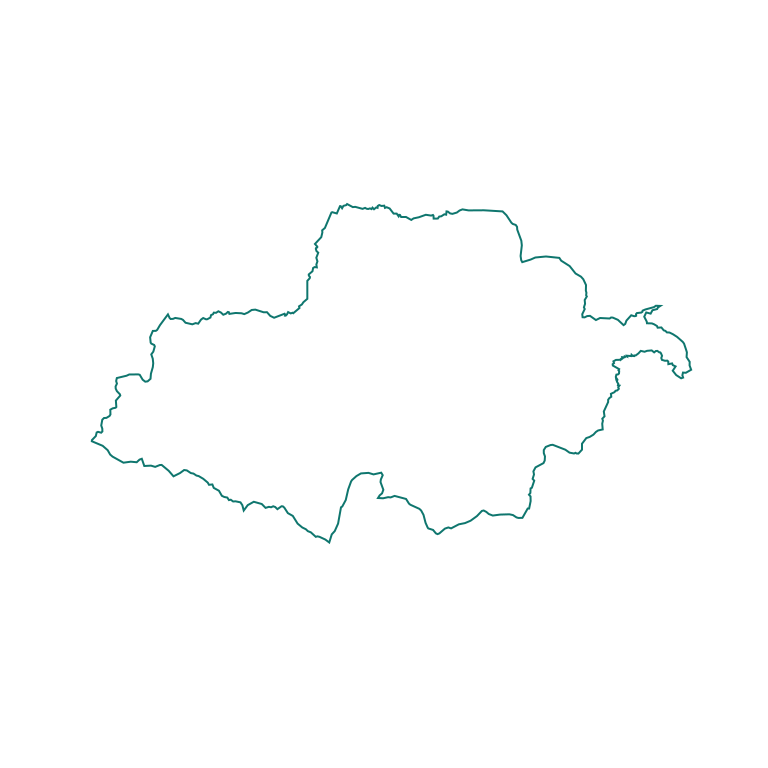 Carmen De Carupa, Cundinamarca, Colombia, rotated 65°
{"feature_id": "7082276B22824140960773", "entity_name": "Carmen De Carupa", "entity_type": "district", "adm_level": 2, "iso_a3": "COL", "parent_name": "Colombia", "parent_adm1": "Cundinamarca", "projection": "orthographic", "projection_center": [-73.909, 5.336], "detail": "fine", "context": "isolated", "style": "outline", "palette": "teal", "viewbox_px": 768, "rotation_deg": 65, "n_neighbors": 0, "source": "geoboundaries", "source_scale": "gbopen_adm2", "svg_char_len": 6156}
<svg xmlns="http://www.w3.org/2000/svg" viewBox="0 0 768 768"><g transform="rotate(65 384 384)"><path d="M221.6,315.4L220.7,316.4L221.4,319.2L219.3,319.9L220.2,321.4L218.9,322.5L218.7,324.4L217.8,325.7L216.4,326.7L216.2,329.4L211.3,335.2L210.5,337.5L205.3,341.4L205.9,342.7L205.4,345.5L207.0,347.7L204.5,348.1L204.2,348.7L209.5,354.7L206.4,358.3L206.4,359.2L217.6,371.6L218.6,375.1L220.6,375.8L224.4,378.8L227.9,387.4L231.3,386.4L232.0,386.8L232.0,388.0L232.7,388.7L235.0,389.0L237.2,388.1L241.0,392.0L244.7,392.5L247.1,394.8L249.9,395.6L248.7,397.5L248.9,399.2L251.6,401.2L252.9,405.9L254.0,406.3L255.8,405.9L256.8,406.7L258.1,409.9L274.4,417.5L275.8,422.5L277.2,424.8L277.7,428.2L279.4,428.5L281.5,436.3L280.8,436.7L280.6,438.7L278.3,440.5L279.9,442.5L280.5,444.2L280.2,444.8L279.4,444.2L278.3,444.4L277.5,455.6L274.2,458.3L269.5,459.7L268.1,462.8L262.2,469.2L261.0,472.6L261.7,477.2L261.6,481.1L259.7,483.2L256.9,488.5L255.1,494.5L253.3,494.3L252.7,495.1L253.5,497.5L253.3,500.4L250.3,501.6L248.1,503.4L248.5,506.1L247.4,508.1L248.5,509.5L248.5,511.7L250.4,513.2L250.6,516.8L250.2,517.9L247.8,520.0L248.3,522.6L250.8,526.9L249.2,529.0L248.9,532.5L244.6,538.0L240.9,539.1L239.3,540.3L235.9,545.3L235.8,547.7L234.9,549.9L233.6,550.4L229.6,550.4L236.0,562.2L239.1,566.7L239.4,568.3L238.2,571.1L242.8,576.2L247.9,578.0L249.1,577.8L251.5,575.8L253.0,575.8L257.2,579.4L258.8,582.4L263.4,582.9L267.7,584.4L271.0,586.4L276.2,590.9L280.6,593.4L281.7,597.1L281.0,599.4L278.1,600.9L272.4,601.5L271.5,602.6L267.7,610.8L267.7,613.8L265.7,623.6L268.1,625.5L270.8,625.9L272.8,628.3L274.8,629.1L277.6,629.1L281.7,627.7L283.0,627.9L285.7,634.0L291.7,636.3L292.1,637.3L291.4,640.2L291.6,642.9L296.0,644.8L297.0,646.3L297.4,649.9L296.5,652.1L297.3,654.4L302.1,657.8L305.5,658.2L308.0,659.3L308.6,660.9L306.5,663.4L306.5,664.9L309.4,667.2L311.4,672.4L312.4,673.0L321.1,665.1L327.2,662.4L332.2,662.0L335.1,660.7L345.2,653.4L347.4,646.3L350.4,641.2L349.2,637.5L349.4,635.1L357.0,635.9L359.5,629.7L362.4,626.4L362.7,621.4L363.4,619.7L371.7,615.8L378.7,613.8L378.5,606.5L377.5,601.5L379.0,599.2L383.1,596.7L384.7,594.5L387.7,592.7L389.1,590.9L393.5,587.9L398.9,585.4L401.4,585.2L402.5,582.0L406.2,582.2L411.0,578.7L416.8,578.2L418.9,576.5L420.7,574.0L423.7,573.6L424.1,571.8L426.7,570.4L427.6,568.1L430.6,564.1L434.0,563.6L439.4,564.6L436.2,558.7L435.7,551.8L441.1,545.5L446.2,543.7L446.7,540.2L448.0,538.4L448.0,536.1L449.5,534.6L452.4,533.5L451.5,528.6L452.1,527.4L453.9,526.6L460.4,525.7L465.0,522.4L474.0,521.3L479.5,518.7L482.6,516.2L485.2,515.2L487.5,513.0L493.7,510.4L493.9,508.8L495.2,507.1L500.2,502.9L504.5,500.6L498.2,494.9L496.5,490.8L491.1,484.6L477.6,475.1L477.4,473.6L473.0,467.7L464.4,461.0L458.4,455.0L457.5,453.5L455.8,447.9L455.3,442.7L458.0,435.6L461.5,431.7L463.2,424.0L466.1,423.7L469.2,427.2L471.4,428.6L479.6,429.3L482.3,432.0L483.1,435.0L484.8,437.6L487.2,433.1L488.3,428.1L489.6,425.9L489.9,421.7L497.5,412.6L503.0,411.9L504.6,411.1L512.1,404.7L514.4,403.8L519.3,403.5L527.4,405.0L532.6,405.1L533.6,404.9L537.0,401.2L541.3,400.1L542.7,398.9L542.8,397.0L540.8,389.9L541.2,386.3L543.2,384.2L542.8,375.5L544.3,369.4L544.5,363.3L543.0,355.6L540.4,348.9L540.8,347.1L543.2,345.3L546.1,344.0L549.2,341.0L551.4,334.0L555.1,325.4L557.3,322.5L560.9,320.3L562.2,318.8L563.8,315.1L557.6,306.4L558.2,305.1L552.1,300.6L547.8,298.7L545.6,299.4L544.6,297.4L540.6,295.3L540.5,293.8L535.1,288.7L532.8,289.4L529.4,286.3L526.3,285.5L523.6,281.9L523.1,272.9L521.3,270.7L517.6,268.7L514.2,268.4L511.4,267.1L509.4,264.0L509.7,258.9L510.4,256.8L520.2,247.4L524.6,244.9L527.3,241.1L527.3,239.5L528.3,238.9L529.2,237.2L527.2,232.3L521.8,229.8L518.5,223.5L518.9,220.0L518.4,215.6L517.0,212.2L516.6,209.6L517.6,205.0L512.2,203.0L509.8,201.1L507.7,200.8L506.5,197.8L501.8,196.4L495.1,188.5L493.0,187.5L492.0,185.7L491.6,183.4L488.8,182.5L488.8,178.6L488.0,177.0L488.4,175.3L487.6,173.2L485.9,173.1L484.9,171.3L484.0,172.5L482.9,171.6L480.2,171.9L478.7,170.6L477.5,170.8L477.7,171.5L475.5,170.9L473.7,169.4L474.2,167.9L473.8,166.6L471.7,165.4L470.7,165.7L469.9,164.6L464.0,168.8L462.7,168.4L462.3,166.7L460.4,166.5L460.2,163.6L461.8,159.9L461.2,157.9L461.4,157.4L461.8,157.8L461.6,156.8L460.4,156.7L461.4,154.9L460.8,154.4L461.4,154.1L461.2,152.6L461.7,152.2L460.9,152.1L463.2,148.1L462.1,147.3L463.8,146.6L464.4,145.5L463.9,145.1L464.5,143.8L463.8,140.5L462.5,137.3L464.9,134.2L465.1,131.6L466.7,127.2L469.5,125.8L469.0,123.7L469.5,122.3L471.7,121.1L472.2,120.2L473.4,120.0L476.0,120.1L477.6,121.7L479.6,121.9L481.7,119.5L482.6,117.3L483.8,116.9L486.2,117.9L487.1,114.2L488.9,114.3L491.3,112.3L494.0,116.7L499.4,115.4L504.4,112.3L504.6,110.2L502.2,109.9L500.0,108.2L501.4,105.7L500.9,99.6L496.3,99.2L493.1,97.6L487.5,98.4L483.3,96.1L480.4,95.7L474.2,95.0L472.2,95.4L465.1,98.5L461.0,101.1L458.0,103.5L456.8,105.8L454.8,106.5L453.6,107.8L450.0,108.7L448.6,112.2L446.8,112.1L444.0,114.0L442.3,115.6L440.1,120.0L438.5,119.5L433.0,119.7L430.0,116.1L432.9,112.6L430.6,109.5L431.5,104.8L430.4,103.3L430.0,100.6L428.0,104.5L428.4,106.9L426.9,115.7L426.8,118.6L427.8,119.4L428.0,120.6L426.6,124.8L427.2,126.1L428.7,126.6L428.8,127.1L428.3,128.6L426.2,130.9L429.0,137.5L431.5,140.0L431.9,142.0L424.7,144.9L420.5,148.6L419.7,150.1L420.0,151.8L415.5,160.3L415.6,164.9L409.3,168.5L408.3,171.2L408.4,174.0L407.4,175.8L404.5,174.8L400.9,170.4L399.0,170.4L396.3,167.9L392.7,166.6L390.4,163.2L389.0,163.3L386.9,162.0L384.7,161.6L379.7,159.1L373.3,159.1L370.0,160.1L364.8,163.7L355.6,165.9L347.1,171.3L343.8,171.8L336.9,183.3L333.3,193.4L333.2,198.5L332.0,207.2L329.7,207.3L325.7,206.1L316.6,200.5L312.2,199.0L300.4,198.0L297.8,197.0L295.5,197.4L293.3,199.7L291.6,200.4L282.8,201.7L277.7,203.6L268.8,220.0L262.4,234.0L258.9,239.1L258.7,242.2L259.4,245.5L258.7,250.1L257.3,252.0L254.7,253.3L254.0,254.4L256.8,256.1L255.7,257.6L256.2,261.2L255.6,263.2L256.8,265.3L255.1,269.1L252.3,268.0L251.5,268.2L251.3,270.1L248.3,274.6L247.6,282.0L246.4,287.2L246.8,290.0L241.9,293.5L239.9,297.9L237.5,298.1L237.1,298.7L238.2,299.9L234.9,300.5L233.6,303.3L227.3,304.7L224.9,306.9L224.8,308.7L222.5,308.4L221.6,311.0L219.8,312.7L220.0,314.4L221.6,315.4Z" fill="none" stroke="#0f766e" stroke-width="2"/></g></svg>